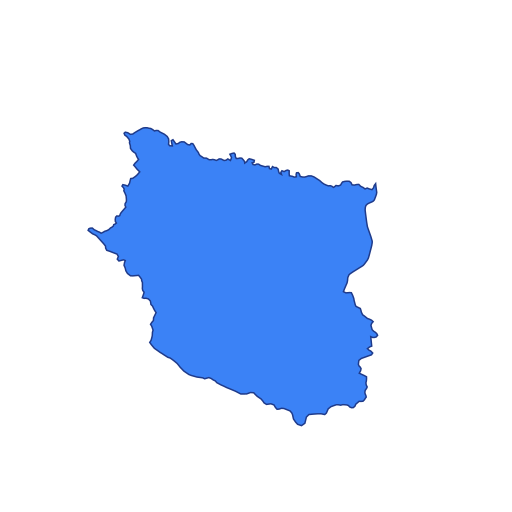 outline of Kangundo, Eastern, Kenya, rotated 138°
{"feature_id": "3690345B98275441455845", "entity_name": "Kangundo", "entity_type": "district", "adm_level": 2, "iso_a3": "KEN", "parent_name": "Kenya", "parent_adm1": "Eastern", "projection": "natural_earth1", "projection_center": [37.353, -1.343], "detail": "fine", "context": "isolated", "style": "filled", "palette": "blue", "viewbox_px": 512, "rotation_deg": 138, "n_neighbors": 0, "source": "geoboundaries", "source_scale": "gbopen_adm2", "svg_char_len": 5722}
<svg xmlns="http://www.w3.org/2000/svg" viewBox="0 0 512 512"><g transform="rotate(138 256 256)"><path d="M301.2,93.9L298.9,93.0L295.8,91.7L294.4,90.4L292.9,88.5L291.0,87.5L289.7,86.2L288.2,84.6L287.4,83.1L287.3,80.9L286.5,79.3L285.1,78.2L282.9,78.2L281.1,79.1L276.6,79.0L275.3,77.7L273.7,76.5L271.6,76.6L270.0,77.1L268.5,77.4L267.7,78.8L267.1,80.6L266.3,81.9L264.7,83.1L262.5,83.6L261.0,84.3L260.4,86.4L259.2,88.2L257.6,89.3L256.1,90.7L254.7,92.3L255.5,94.6L257.7,99.8L255.1,100.7L253.3,102.0L252.9,103.7L253.0,105.4L252.4,107.0L250.7,108.5L249.4,109.6L246.3,109.4L236.3,105.3L234.2,105.8L234.3,108.6L235.0,110.3L235.2,112.6L232.4,112.4L230.3,111.6L224.7,119.3L223.9,117.5L222.6,116.3L220.8,115.4L218.7,115.7L218.2,117.6L218.4,119.6L218.9,121.3L219.0,123.5L217.9,125.7L217.0,127.5L215.2,128.5L212.9,128.8L213.1,131.0L214.0,133.2L215.0,135.0L215.6,138.8L216.1,141.0L215.3,143.7L214.5,145.2L213.6,147.2L214.7,149.9L215.4,151.7L214.9,153.3L212.9,157.2L211.7,159.1L210.5,162.1L209.7,164.9L210.9,166.2L212.4,167.3L213.9,168.5L214.9,171.0L212.2,172.4L206.3,175.1L204.4,176.5L202.3,178.5L199.5,179.8L198.0,179.8L194.9,179.4L186.3,177.9L184.2,177.5L182.5,177.3L180.7,177.5L175.8,178.5L173.8,179.3L171.4,180.8L167.0,183.7L164.7,185.2L162.8,186.5L160.8,188.1L159.7,189.3L157.6,193.7L154.2,201.9L153.5,203.4L151.2,207.0L146.3,214.1L144.1,217.2L142.2,219.0L140.5,220.0L138.3,220.1L136.1,219.5L133.5,218.6L132.0,218.3L130.5,218.5L127.2,220.2L125.2,221.3L123.7,222.5L122.7,224.0L121.6,225.6L119.8,228.2L118.7,229.7L120.9,229.3L123.1,228.0L125.4,227.7L126.9,230.0L127.9,232.1L130.1,232.9L130.5,235.1L131.6,237.8L131.7,240.4L133.3,241.7L135.5,242.9L137.0,244.6L136.3,247.0L136.7,249.1L138.3,250.7L140.0,252.0L142.1,253.1L143.7,252.8L145.7,252.1L147.9,253.0L149.4,254.9L150.9,254.9L152.5,255.1L153.0,257.2L153.8,258.6L155.3,259.7L156.2,261.4L157.3,263.9L157.9,266.4L158.2,269.5L158.9,272.0L159.4,273.9L160.0,276.0L161.3,278.5L163.5,280.5L165.5,281.3L167.2,282.2L168.5,283.5L169.9,285.5L168.9,288.0L168.8,289.7L170.2,290.7L171.5,289.9L173.0,287.9L174.8,289.0L175.5,290.6L176.4,291.8L177.5,293.3L176.2,295.1L174.3,297.1L174.9,298.6L176.3,299.4L178.6,299.9L179.7,302.0L181.6,301.5L182.5,299.5L183.3,301.8L182.8,303.4L181.4,305.8L181.7,308.1L183.3,309.6L183.9,311.4L186.5,310.4L187.5,311.9L186.4,314.0L187.8,315.2L189.5,316.2L191.0,318.6L192.1,320.4L192.6,322.5L193.9,323.8L195.9,324.4L197.0,326.0L196.5,327.8L194.8,327.0L193.2,328.2L194.5,330.6L196.0,332.8L197.9,332.9L199.8,332.3L202.2,332.6L201.3,333.8L201.1,335.8L201.1,338.2L202.4,339.6L204.1,340.5L205.4,341.6L204.9,343.5L203.4,345.5L203.4,347.2L205.1,348.2L207.3,349.1L208.2,345.7L209.6,344.8L211.1,344.1L212.0,347.0L214.1,347.2L215.8,348.3L217.0,351.4L218.4,352.8L220.2,353.1L221.6,353.6L222.4,355.2L223.5,356.7L225.0,357.6L226.4,358.9L227.3,361.8L229.3,363.8L229.9,366.4L230.4,368.0L230.2,369.8L229.6,371.5L229.3,375.0L228.6,377.8L228.1,379.7L227.8,381.8L228.9,383.0L230.9,382.8L232.2,384.5L233.0,388.8L234.9,390.7L236.6,391.5L238.5,391.6L240.5,392.8L239.9,398.0L241.8,398.4L243.0,396.4L244.5,393.8L246.3,395.6L246.3,397.5L244.4,399.2L242.6,401.5L242.0,404.2L242.6,407.8L243.6,410.4L244.3,412.1L244.8,414.7L246.2,416.1L247.8,416.9L248.2,419.1L248.9,421.2L250.1,422.6L250.9,423.9L252.3,425.3L254.1,426.6L256.3,427.3L258.0,427.6L259.4,428.0L261.9,428.5L264.1,428.9L266.0,429.1L268.0,430.5L268.8,433.4L270.3,435.5L271.9,435.5L272.6,433.6L272.1,431.4L272.2,427.9L273.1,425.7L274.3,424.8L275.5,422.2L277.3,419.9L277.6,417.0L277.4,415.3L276.8,412.8L277.9,410.0L278.4,408.1L278.6,406.4L281.2,406.0L283.8,405.9L286.1,405.4L286.1,403.6L286.3,400.1L286.1,396.3L289.9,395.8L292.3,395.8L295.6,396.2L297.3,397.4L298.8,396.4L301.3,394.7L304.5,393.7L305.7,396.0L307.2,398.1L308.8,397.6L308.8,395.5L309.2,393.9L310.6,392.9L311.3,390.4L312.3,387.6L313.8,385.6L314.9,384.2L316.1,383.1L318.2,382.5L319.4,381.4L320.1,379.4L327.2,378.5L328.8,378.0L330.2,377.2L331.6,377.6L332.6,378.9L334.3,378.8L336.1,377.4L337.4,375.8L337.7,373.9L339.3,374.0L340.7,374.5L342.1,373.7L343.6,373.8L345.4,374.2L347.7,374.1L350.0,374.7L351.9,375.6L353.7,375.9L355.9,376.6L356.3,378.4L357.1,379.8L357.9,382.0L358.7,383.9L358.9,386.2L360.5,387.6L362.0,388.1L363.6,387.4L363.2,384.9L362.6,381.8L361.6,379.6L361.0,377.7L361.0,374.8L361.0,370.9L361.0,367.1L361.2,364.1L362.5,362.4L363.1,360.1L361.5,357.3L360.3,354.9L358.0,350.4L358.6,347.7L361.2,346.5L361.2,344.0L357.0,341.8L356.2,340.1L358.1,339.1L360.3,337.4L361.2,334.7L362.6,332.1L363.2,329.0L362.5,325.3L360.9,323.7L356.2,320.2L356.3,317.8L356.6,315.3L357.5,314.1L358.2,312.2L359.4,310.9L360.7,309.4L362.3,307.8L363.2,306.2L363.4,304.0L364.7,303.1L366.5,302.1L368.4,301.1L367.5,299.4L366.0,298.2L364.7,296.1L364.6,293.3L365.6,291.6L366.5,290.3L366.4,288.1L367.2,285.5L367.8,283.1L368.1,280.8L373.5,278.6L375.4,276.7L377.8,276.4L380.1,275.8L380.4,273.8L381.1,272.1L382.1,269.8L384.0,268.6L385.3,267.3L386.4,266.2L388.1,265.0L390.5,263.5L392.8,262.9L393.1,260.1L393.3,255.4L392.3,251.1L391.7,248.3L391.2,246.8L390.6,244.4L389.3,239.7L388.1,237.7L387.5,235.2L387.0,232.5L386.5,228.9L386.6,226.4L386.8,224.1L386.6,218.7L385.2,212.9L384.0,210.5L380.9,205.6L377.1,201.1L376.3,199.1L374.6,198.3L372.4,197.2L371.3,195.0L370.7,192.5L369.8,190.3L369.9,188.2L368.3,183.7L367.0,180.8L365.9,178.0L364.2,174.5L361.8,169.4L359.6,163.6L355.3,159.8L351.4,158.2L349.2,155.9L349.2,154.2L349.0,150.9L347.9,146.4L348.0,143.3L348.3,141.5L347.5,138.7L343.8,136.2L342.3,133.3L342.9,130.4L342.9,128.0L341.3,126.8L339.0,125.8L337.3,124.0L334.4,118.2L334.4,115.5L335.0,113.7L337.2,109.8L337.7,106.1L337.7,103.1L335.7,99.5L331.6,99.0L326.3,102.6L322.8,102.8L319.5,100.4L315.8,97.5L313.2,95.2L311.0,92.2L308.8,92.2L304.6,94.1L301.2,93.9Z" fill="#3b82f6" stroke="#1e3a8a" stroke-width="1.5"/></g></svg>